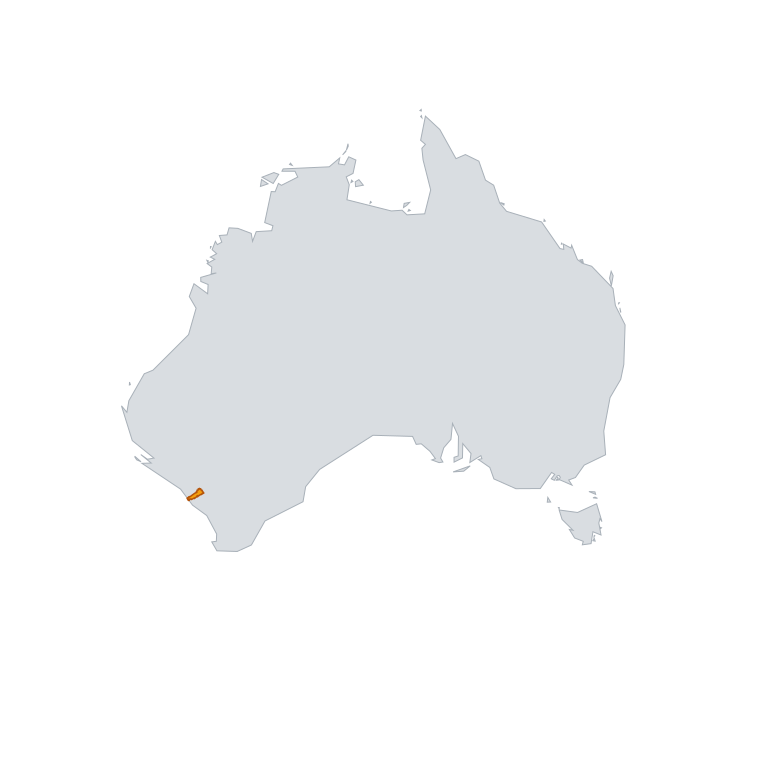 location of Coorow, Western Australia, Australia, rotated 331°
{"feature_id": "25037944B10831634124389", "entity_name": "Coorow", "entity_type": "district", "adm_level": 2, "iso_a3": "AUS", "parent_name": "Australia", "parent_adm1": "Western Australia", "projection": "albers", "projection_center": [115.183, -29.979], "detail": "fine", "context": "in_parent", "style": "filled", "palette": "amber", "viewbox_px": 768, "rotation_deg": 331, "n_neighbors": 0, "source": "geoboundaries", "source_scale": "gbopen_adm2", "svg_char_len": 5379}
<svg xmlns="http://www.w3.org/2000/svg" viewBox="0 0 768 768"><g transform="rotate(331 384 384)"><path d="M556.2,188.5L556.2,221.8L566.4,222.8L575.0,235.1L571.6,254.9L576.3,263.3L572.9,281.8L574.9,292.4L600.4,318.7L603.6,350.9L606.5,353.4L608.7,348.5L613.5,355.8L615.4,353.6L613.5,368.9L615.9,374.5L622.7,381.7L630.6,411.5L624.4,427.6L623.5,449.2L603.2,483.2L593.3,494.7L575.1,505.5L553.4,531.7L543.5,553.3L519.8,552.0L506.1,558.6L499.0,557.5L499.4,563.6L490.9,552.5L493.0,551.1L492.8,548.9L490.9,548.3L486.3,550.8L484.3,548.0L489.5,545.8L487.7,542.6L470.0,551.2L448.6,539.5L434.1,520.3L436.1,508.3L429.9,495.7L433.4,496.8L434.0,493.6L421.0,494.3L426.4,487.0L424.0,474.3L416.8,486.7L407.4,486.3L409.7,482.1L414.0,482.9L423.8,465.8L424.8,451.7L415.7,464.9L405.4,468.7L397.6,476.2L397.7,480.8L394.1,479.5L389.0,473.6L392.8,474.2L391.6,465.2L387.6,454.4L382.9,452.4L383.6,443.7L349.5,423.5L286.3,427.5L265.7,435.8L256.1,447.7L213.5,446.1L190.0,460.5L174.4,459.3L157.0,448.9L156.8,438.6L161.1,440.3L164.9,434.1L165.2,413.1L157.8,397.1L155.1,377.3L133.8,336.0L142.1,340.3L137.1,327.8L140.6,335.1L146.9,337.3L136.4,311.5L143.8,275.8L145.4,284.1L152.8,274.9L179.3,258.8L188.6,259.9L237.0,246.1L256.4,226.6L256.1,213.1L266.4,204.2L273.5,219.6L278.4,211.7L273.5,205.5L275.4,201.9L291.2,205.6L286.3,203.8L290.1,198.2L287.7,192.9L296.4,192.9L293.6,188.8L300.8,188.9L298.8,183.2L305.7,177.5L305.8,181.3L310.9,181.3L312.0,174.3L319.0,177.5L324.2,172.3L331.6,177.0L340.9,187.9L338.2,195.5L346.1,188.8L360.1,195.5L363.6,191.7L357.9,185.0L378.7,161.0L382.0,163.1L388.9,157.4L390.6,160.5L408.9,161.2L409.3,154.8L397.9,148.4L400.1,147.0L441.4,167.5L454.9,164.8L450.9,169.4L455.7,173.2L463.3,168.2L468.0,174.5L459.0,184.8L451.4,184.5L450.2,192.9L440.9,204.9L474.3,236.2L484.1,240.8L486.1,247.2L502.1,254.9L518.9,236.9L526.8,207.0L531.4,196.2L536.4,194.5L534.2,188.6L550.1,169.8L556.2,188.5ZM476.1,579.1L491.0,590.2L511.9,591.8L507.9,610.0L507.6,606.4L504.5,609.7L500.6,621.3L495.1,614.5L487.7,624.0L479.5,620.8L482.0,618.2L476.1,611.1L475.6,601.1L478.4,603.6L474.1,588.8L476.1,579.1ZM377.6,144.0L390.2,145.7L393.6,149.6L384.3,154.9L377.6,144.0ZM401.8,494.4L419.7,497.4L411.5,498.9L401.8,494.4ZM461.1,193.1L462.3,200.1L454.8,197.6L456.9,193.2L461.1,193.1ZM630.5,408.3L632.6,400.8L637.3,395.6L636.9,400.4L630.5,408.3ZM511.1,577.4L516.2,580.6L515.6,583.1L511.1,577.4ZM376.0,145.8L379.6,152.7L371.7,151.3L376.0,145.8ZM472.5,568.0L469.5,566.5L472.3,562.6L472.5,568.0ZM494.5,237.6L490.5,238.8L486.6,239.1L489.2,235.8L494.5,237.6ZM133.8,334.2L130.9,330.4L130.7,326.9L131.1,326.7L133.8,334.2ZM513.7,585.2L515.3,587.5L511.6,584.9L513.7,585.2ZM615.5,370.6L618.0,371.4L617.0,374.7L615.5,370.6ZM573.8,281.7L576.5,284.6L575.6,285.6L573.8,281.7ZM493.1,620.8L492.5,623.8L490.7,622.3L493.1,620.8ZM627.2,431.7L626.0,435.8L625.7,435.7L627.2,431.7ZM409.7,148.3L407.8,146.2L409.3,145.5L409.7,148.3ZM468.0,158.7L464.4,161.3L469.0,156.4L468.0,158.7ZM629.3,427.0L627.6,427.9L628.9,426.7L629.3,427.0ZM461.1,218.9L459.4,219.2L460.6,217.8L461.1,218.9ZM455.0,191.8L452.8,191.8L454.5,190.0L455.0,191.8ZM162.4,258.9L161.8,261.6L160.8,261.4L162.4,258.9ZM546.8,167.4L546.2,169.6L545.7,167.8L546.8,167.4ZM490.6,549.4L490.7,550.8L490.2,550.3L490.6,549.4ZM463.4,162.1L458.9,163.5L463.6,161.6L463.4,162.1ZM299.4,179.9L297.8,181.4L298.9,179.6L299.4,179.9ZM494.8,619.0L493.7,619.3L494.5,618.4L494.8,619.0ZM491.1,245.0L488.9,244.5L490.4,243.4L491.1,245.0ZM290.1,191.2L288.9,192.0L289.0,189.9L290.1,191.2ZM504.5,615.2L502.8,615.6L503.7,614.2L504.5,615.2ZM549.6,161.9L549.0,163.3L548.0,162.3L549.6,161.9ZM489.3,551.0L490.4,552.7L488.0,551.7L489.3,551.0ZM604.1,319.7L602.7,319.3L603.8,317.8L604.1,319.7ZM607.6,347.9L606.9,347.7L607.8,346.5L607.6,347.9ZM477.4,577.1L476.7,578.1L476.7,576.6L477.4,577.1Z" fill="#d9dde1" stroke="#a8b0b8" stroke-width="1"/><path d="M156.6,388.4L156.6,388.5L156.5,388.8L156.4,388.8L156.4,389.0L156.4,389.3L156.5,389.4L156.4,389.4L156.4,389.5L156.3,389.8L156.3,390.0L156.4,390.3L156.4,390.2L156.4,390.3L156.5,390.3L156.7,390.5L156.7,390.8L156.8,390.8L156.8,391.0L156.9,391.3L157.4,391.3L157.4,390.9L157.3,390.3L157.8,390.3L157.8,390.8L158.3,390.8L158.7,390.8L159.4,390.8L159.5,390.9L159.5,391.3L159.7,391.7L161.5,391.7L162.7,391.7L162.7,392.2L163.2,392.2L163.3,392.2L163.6,392.1L163.8,392.1L164.0,392.0L164.3,392.0L164.7,392.0L165.0,391.8L165.3,391.7L165.9,391.4L166.1,391.3L166.4,391.2L166.5,391.2L166.5,392.2L167.0,392.0L167.5,392.0L167.5,391.8L168.5,391.8L168.9,391.9L169.0,391.8L169.4,391.8L169.5,391.8L170.4,391.8L170.6,391.9L170.8,391.9L170.8,392.1L171.0,392.1L172.2,392.0L172.2,391.6L172.4,391.6L172.5,391.6L172.5,392.0L173.3,392.0L173.3,391.9L173.5,391.8L173.5,391.3L173.3,391.2L173.3,390.3L173.3,389.8L173.3,389.7L173.3,388.8L172.9,388.8L172.9,388.6L172.9,388.3L172.9,388.1L172.8,387.9L172.7,387.9L172.7,387.5L172.7,387.4L172.6,387.1L172.5,386.9L172.7,386.7L172.4,386.5L172.3,386.4L172.0,386.4L172.0,386.0L171.6,386.0L171.3,386.1L171.2,386.0L171.2,385.8L170.7,385.8L170.7,386.1L170.6,386.3L170.4,386.3L170.2,386.4L169.3,386.3L169.3,386.6L169.3,386.8L169.2,386.8L168.8,386.6L168.7,386.7L168.7,386.8L168.6,387.0L168.4,387.0L168.2,387.0L167.7,387.2L167.7,387.6L167.7,388.0L167.0,388.0L167.0,387.9L165.7,387.8L162.9,388.1L160.7,388.4L159.9,388.5L159.4,388.5L158.5,388.5L158.5,388.3L158.6,388.1L158.3,388.1L158.2,388.3L156.6,388.4L156.6,388.4Z" fill="#f59e0b" stroke="#b45309" stroke-width="1.5"/></g></svg>